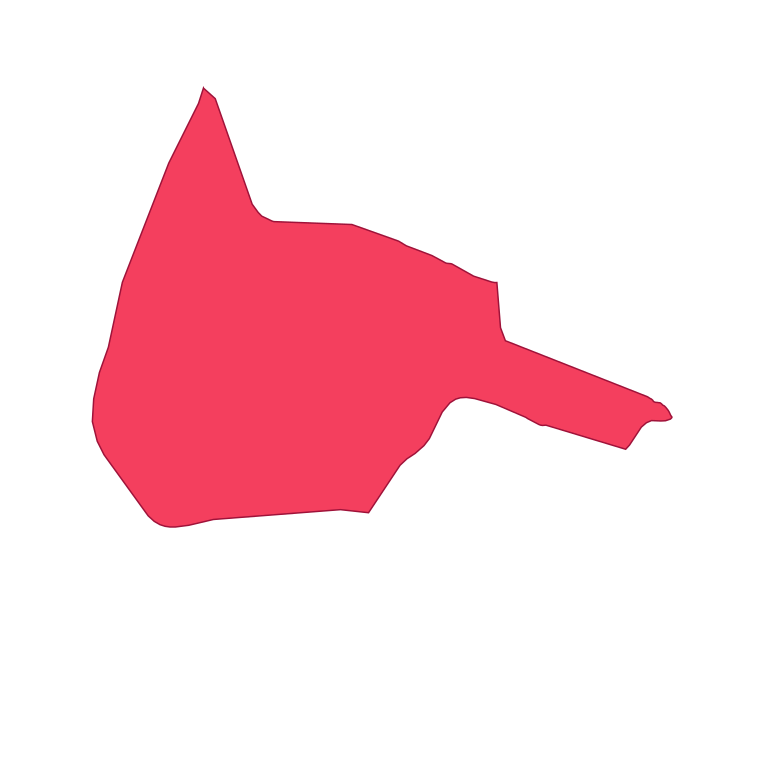 outline of Northern Bahr el Ghazal, rotated 21°
{"feature_id": "SDS-147", "entity_name": "Northern Bahr el Ghazal", "entity_type": "State", "adm_level": 1, "iso_a3": "SSD", "parent_name": "South Sudan", "parent_adm1": "", "projection": "mercator", "projection_center": [27.804, 8.898], "detail": "fine", "context": "isolated", "style": "filled", "palette": "rose", "viewbox_px": 768, "rotation_deg": 21, "n_neighbors": 0, "source": "natural_earth", "source_scale": "10m", "svg_char_len": 1274}
<svg xmlns="http://www.w3.org/2000/svg" viewBox="0 0 768 768"><g transform="rotate(21 384 384)"><path d="M453.0,248.8L472.6,289.7L481.8,300.1L558.2,300.8L634.6,301.5L634.9,301.5L635.1,301.6L637.5,302.1L638.9,302.2L640.6,302.8L641.8,303.7L642.9,303.9L644.1,303.8L645.7,303.3L647.1,303.0L648.5,302.6L650.1,303.0L651.7,303.8L653.6,304.0L655.4,304.8L658.8,306.8L660.3,308.0L662.9,310.5L664.7,311.7L664.7,312.5L664.0,314.1L660.0,317.4L655.7,319.3L646.8,322.3L642.9,326.1L639.7,332.0L635.1,353.0L633.0,358.3L550.0,364.4L549.5,364.6L546.8,365.9L544.9,366.3L543.1,366.3L530.4,364.8L528.5,364.3L495.8,363.0L473.9,365.1L465.7,367.0L460.2,369.5L456.3,372.5L452.3,377.9L448.4,389.3L445.9,418.8L443.4,427.2L437.9,437.7L432.2,445.6L428.1,454.1L415.7,509.7L388.4,516.9L273.3,571.6L252.3,585.9L240.4,592.3L235.4,594.2L230.6,595.3L225.3,595.6L218.8,594.6L211.1,591.6L148.0,550.4L136.8,540.2L125.2,523.6L118.3,501.9L114.2,475.3L113.5,448.4L103.3,382.8L103.9,254.9L110.3,188.5L109.4,172.4L109.5,172.5L124.2,178.1L160.4,220.8L196.5,263.4L205.0,268.9L209.7,271.1L220.8,272.0L222.9,271.9L296.9,246.6L346.5,245.4L355.3,247.0L382.7,246.9L398.2,248.9L399.4,248.8L403.3,247.7L404.4,247.6L429.0,251.2L447.9,250.2L451.1,249.6L453.0,248.8Z" fill="#f43f5e" stroke="#9f1239" stroke-width="1.5"/></g></svg>